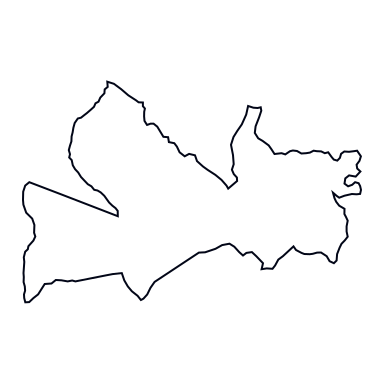 Joviânia, Goiás, Brazil (Natural Earth projection)
{"feature_id": "56859067B98474481427094", "entity_name": "Joviânia", "entity_type": "district", "adm_level": 2, "iso_a3": "BRA", "parent_name": "Brazil", "parent_adm1": "Goiás", "projection": "natural_earth1", "projection_center": [-49.597, -17.786], "detail": "fine", "context": "isolated", "style": "outline", "palette": "ink", "viewbox_px": 384, "rotation_deg": 0, "n_neighbors": 0, "source": "geoboundaries", "source_scale": "gbopen_adm2", "svg_char_len": 2806}
<svg xmlns="http://www.w3.org/2000/svg" viewBox="0 0 384 384"><path d="M281.6,153.2L274.5,154.0L271.4,149.2L268.7,145.4L262.6,140.9L258.2,138.3L254.8,132.9L255.6,126.3L259.1,117.3L261.3,110.7L260.7,107.3L257.6,108.0L253.4,107.7L248.1,106.0L246.2,114.6L241.8,124.4L237.3,130.9L233.5,137.0L231.0,144.8L233.0,155.1L233.7,164.2L231.9,169.7L233.8,174.1L236.9,177.5L237.1,181.0L228.2,188.6L226.5,185.6L221.5,179.9L215.4,174.9L207.7,169.9L203.0,166.5L197.0,161.1L195.0,155.3L189.1,153.9L184.7,156.3L179.6,152.3L176.9,146.6L174.3,143.2L168.9,142.1L168.1,137.2L163.4,136.8L157.3,126.7L153.6,123.7L150.5,123.7L147.0,124.9L144.5,120.9L144.1,116.4L144.2,111.8L144.9,108.5L142.9,106.2L142.9,102.5L138.6,102.3L136.0,100.3L128.3,95.3L121.2,89.2L113.9,83.8L107.3,81.7L107.7,86.9L104.7,89.4L104.4,93.3L100.3,97.6L98.5,101.7L95.5,103.3L94.0,106.8L90.8,109.7L87.0,113.0L83.9,115.4L81.0,117.7L77.8,118.5L74.7,123.0L73.4,127.7L72.6,132.5L71.6,136.4L71.4,141.4L70.0,145.6L68.8,150.1L70.0,154.2L69.2,157.5L71.7,160.1L72.8,165.3L75.1,169.2L78.2,172.5L81.0,177.0L87.8,184.2L91.4,186.3L94.2,189.8L97.5,190.5L100.7,192.4L104.3,195.8L109.1,202.5L112.4,205.7L115.5,208.1L117.7,210.9L117.8,216.2L60.5,194.1L29.3,182.2L25.2,185.6L23.2,191.7L23.0,199.9L23.4,204.7L26.2,212.7L32.2,218.6L34.4,225.0L34.1,232.8L35.3,236.5L33.4,240.6L28.4,246.2L27.8,249.3L25.2,251.7L23.8,257.3L24.3,261.9L23.5,273.1L23.8,277.0L23.6,282.1L24.8,286.4L25.1,290.7L24.0,294.4L24.2,298.0L25.3,302.3L29.2,302.1L33.4,298.1L38.1,294.4L44.7,284.0L51.5,283.5L55.8,280.0L61.4,280.3L67.7,281.4L72.2,280.5L75.4,281.4L106.3,275.3L112.6,274.1L121.8,273.1L124.3,280.4L127.8,286.4L131.9,291.3L137.6,295.8L140.9,300.0L143.4,298.7L147.2,294.5L150.5,287.8L154.6,281.9L198.9,252.6L205.1,252.3L215.5,248.8L222.1,245.1L229.5,243.7L234.3,246.7L239.2,252.1L243.0,255.5L246.4,252.9L251.9,252.1L256.3,256.2L263.0,263.2L261.6,269.2L266.7,268.4L272.5,268.8L275.1,265.5L278.3,259.6L282.9,256.2L293.5,246.4L296.0,250.0L301.5,252.9L304.3,254.0L309.7,254.2L312.8,253.8L317.1,252.6L321.0,252.5L326.7,256.2L329.6,261.2L333.9,263.2L336.6,260.5L337.1,254.1L339.6,247.7L341.5,243.8L344.7,240.5L347.7,236.7L346.6,231.5L346.6,226.3L347.7,220.7L346.0,217.0L344.4,214.0L344.5,208.8L339.2,205.7L336.2,201.8L334.5,198.2L333.0,192.7L336.7,195.9L339.2,197.7L344.5,195.7L351.9,194.0L356.6,194.3L360.1,193.9L361.0,189.9L360.1,186.0L358.6,183.2L355.1,182.2L352.2,184.8L348.1,186.3L344.5,183.6L345.3,178.4L349.1,175.4L355.7,176.6L360.4,171.5L357.2,168.5L356.6,164.7L359.5,160.8L360.9,156.3L357.1,150.7L353.8,151.2L349.0,151.8L344.3,151.5L341.1,153.8L339.9,157.9L337.3,160.6L333.8,159.6L331.6,157.0L328.2,152.3L324.8,153.2L321.2,151.4L316.9,151.2L313.6,150.7L309.9,152.6L306.1,153.2L301.4,153.5L297.0,151.0L292.9,150.5L290.0,151.2L285.3,154.4L281.6,153.2Z" fill="none" stroke="#020617" stroke-width="2"/></svg>